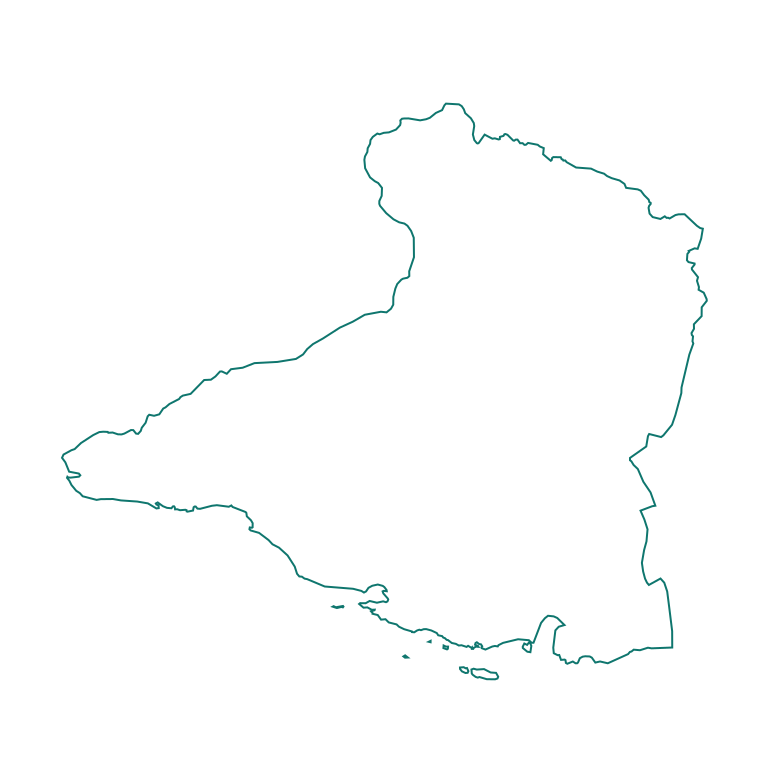 the district of Morombe, Atsimo-Andrefana, Madagascar, rotated 275°
{"feature_id": "10022922B72547257848133", "entity_name": "Morombe", "entity_type": "district", "adm_level": 2, "iso_a3": "MDG", "parent_name": "Madagascar", "parent_adm1": "Atsimo-Andrefana", "projection": "albers", "projection_center": [43.782, -21.873], "detail": "fine", "context": "isolated", "style": "outline", "palette": "teal", "viewbox_px": 768, "rotation_deg": 275, "n_neighbors": 0, "source": "geoboundaries", "source_scale": "gbopen_adm2", "svg_char_len": 6150}
<svg xmlns="http://www.w3.org/2000/svg" viewBox="0 0 768 768"><g transform="rotate(275 384 384)"><path d="M648.0,377.3L645.6,377.8L643.3,377.5L638.5,373.8L635.1,367.0L634.2,361.9L632.4,357.9L632.9,355.5L629.2,351.3L625.8,349.3L622.0,349.2L617.4,347.2L613.7,347.2L609.0,345.2L605.6,344.9L597.3,346.4L588.6,352.1L585.2,357.2L583.7,360.7L579.2,364.9L571.2,365.3L565.9,363.4L563.1,363.6L561.2,364.5L554.4,371.3L548.9,379.1L546.4,385.0L545.6,390.4L543.7,393.6L538.8,397.7L532.3,400.9L512.9,402.8L498.5,399.3L493.7,399.8L491.9,398.1L490.6,393.8L489.5,392.2L484.8,388.5L480.1,387.0L471.6,385.7L463.8,386.3L459.6,384.4L455.6,380.3L455.7,374.6L451.3,358.8L443.3,347.4L436.3,335.1L424.0,319.2L417.6,309.8L412.2,304.5L406.4,300.8L401.3,294.1L396.7,275.9L393.5,253.1L387.9,241.8L385.4,230.3L380.5,226.5L382.4,221.3L382.1,219.5L376.8,215.4L373.2,211.2L372.3,204.5L357.3,192.2L354.9,184.6L353.1,182.3L351.3,181.3L345.4,172.0L341.7,168.4L340.3,166.2L334.2,162.8L332.3,157.7L332.9,152.8L331.2,151.4L324.6,149.9L319.3,146.5L316.1,145.8L312.9,143.4L313.0,141.3L316.2,138.3L316.1,136.0L312.0,129.7L310.9,127.0L310.7,123.3L312.0,117.9L311.4,113.6L312.2,113.0L312.0,108.5L311.3,104.6L307.8,98.8L298.8,87.3L292.2,81.5L290.8,78.4L285.8,70.9L282.4,69.7L278.2,73.4L269.2,78.0L268.2,87.8L266.6,89.4L265.1,88.2L263.4,79.9L263.4,77.5L264.0,76.7L262.9,76.4L260.3,78.9L256.1,81.5L250.8,86.7L248.8,90.5L245.9,93.6L243.5,107.8L244.6,111.9L245.8,124.0L245.1,132.1L245.4,148.4L244.5,159.2L240.2,168.1L240.7,170.4L243.4,170.0L244.1,167.8L245.1,167.1L246.3,168.9L243.0,174.4L241.7,178.6L241.7,183.1L243.6,184.3L243.9,185.4L243.0,186.3L240.9,186.8L241.2,188.9L240.5,191.8L241.4,197.1L241.1,198.3L239.9,198.5L239.7,199.4L241.3,204.8L244.6,205.1L245.4,205.9L245.5,207.1L243.6,209.0L243.6,211.6L247.7,223.2L248.7,228.1L248.2,240.1L249.7,242.5L248.3,243.9L244.4,257.3L243.6,258.1L240.2,258.9L236.6,263.4L233.9,265.3L229.8,265.6L229.3,265.0L229.4,262.8L227.6,262.6L226.5,263.9L224.8,272.5L218.4,282.7L214.6,286.9L211.8,293.7L204.8,302.9L194.3,311.0L187.4,313.9L184.9,316.4L184.9,319.0L183.2,321.8L182.9,324.5L177.1,342.6L177.3,371.1L175.9,379.5L174.5,382.2L175.8,384.2L179.6,386.3L182.0,389.9L183.7,395.3L182.8,400.3L181.7,402.1L179.0,404.5L177.8,404.8L177.9,401.7L177.3,400.7L175.3,401.6L170.6,406.5L169.7,407.0L167.7,406.4L166.8,405.0L167.4,402.1L165.5,396.0L166.6,388.6L164.0,384.8L163.6,379.3L162.7,378.4L159.4,383.1L160.0,386.9L158.0,391.5L158.4,394.4L157.8,394.3L156.4,390.9L154.6,392.8L154.1,392.7L153.3,397.9L149.0,401.6L149.8,406.0L146.9,409.5L145.6,417.5L143.5,420.1L141.5,425.4L139.9,433.4L139.3,433.5L139.3,435.8L141.4,438.5L142.3,440.6L142.0,442.3L143.2,444.9L143.5,447.4L142.6,452.6L140.5,458.3L138.4,459.9L137.9,463.9L136.5,465.2L136.2,466.7L134.6,468.7L134.5,470.0L131.9,474.1L131.4,478.2L130.0,481.3L130.5,484.0L129.3,489.2L130.5,490.6L128.8,494.1L129.2,494.5L127.8,494.6L127.9,496.0L129.1,496.5L130.4,498.6L130.4,501.0L131.2,500.5L132.2,497.4L134.0,497.8L134.8,499.0L133.2,501.5L133.1,503.3L131.3,504.7L130.2,504.0L129.4,504.3L128.3,508.2L131.9,514.7L132.7,517.3L132.5,520.2L133.8,520.8L136.5,525.2L141.4,539.8L141.4,550.6L139.1,553.6L139.3,555.5L159.7,561.3L164.7,564.7L167.4,567.6L167.3,573.3L166.0,577.0L159.6,584.8L157.4,579.2L153.5,576.2L136.1,575.6L130.6,576.6L129.0,580.6L129.3,582.2L124.6,584.4L125.2,588.0L124.7,588.9L122.0,589.5L121.3,591.0L124.0,596.3L122.5,599.1L122.6,600.7L123.4,601.5L127.9,603.0L129.7,605.7L130.3,608.2L130.5,612.7L129.5,614.9L124.9,618.8L126.4,623.4L125.3,631.3L136.2,650.7L138.5,652.3L139.1,653.9L141.1,655.9L141.1,662.2L144.3,669.9L144.0,673.6L146.6,694.1L162.9,692.6L185.9,687.7L202.0,684.2L210.5,680.5L214.3,676.4L206.9,665.4L209.0,663.3L212.9,661.0L219.8,658.5L228.3,656.5L241.3,657.6L250.1,659.2L262.2,659.2L271.7,655.2L280.2,650.6L285.6,661.8L286.4,664.9L299.2,659.0L309.2,650.9L321.4,644.3L325.1,639.7L328.5,637.2L329.5,635.7L331.8,635.5L344.6,650.7L355.0,651.5L357.3,652.5L355.3,664.7L357.2,666.8L368.5,674.5L378.5,677.0L400.9,681.0L406.4,680.7L439.9,685.6L451.3,688.6L453.4,687.6L458.4,687.7L459.7,686.4L461.5,685.9L466.0,688.0L470.5,687.5L479.3,694.5L488.1,693.8L495.0,698.3L496.7,698.0L502.8,694.6L505.3,689.2L508.0,689.3L514.1,686.8L517.8,687.5L524.9,680.8L526.3,680.5L530.1,683.0L531.1,682.9L532.0,676.7L533.7,675.0L540.0,674.9L542.3,676.5L543.1,675.9L546.2,681.6L546.0,684.7L556.5,687.3L566.5,688.1L566.9,685.4L568.9,681.9L579.3,668.7L578.7,662.7L577.7,659.6L573.8,654.1L574.4,652.5L574.1,651.1L575.5,649.1L572.5,645.0L573.7,637.1L576.9,633.7L582.6,632.2L584.6,632.6L586.7,634.0L587.8,633.8L588.3,632.5L590.7,631.6L594.8,626.7L598.9,623.0L600.0,619.8L600.5,608.1L604.3,606.1L607.3,600.9L608.9,592.9L610.6,588.1L612.7,584.9L614.2,577.9L616.6,571.5L616.4,556.5L620.9,546.6L622.5,545.1L622.2,543.2L623.2,542.5L623.4,541.4L625.3,540.3L624.8,532.9L623.8,531.8L621.6,531.5L620.9,530.7L626.7,522.5L632.9,522.6L634.2,518.5L635.7,516.3L636.7,506.5L634.7,504.5L634.5,503.0L636.0,501.1L635.7,498.6L639.1,495.7L639.0,494.1L637.7,492.4L637.9,491.4L643.0,485.3L643.6,483.2L643.3,482.2L641.6,481.4L640.3,478.0L638.0,478.0L637.6,476.8L638.4,473.0L637.8,470.6L641.2,462.5L632.4,457.4L631.8,456.5L632.0,455.5L634.9,452.7L640.3,450.8L648.8,451.4L651.8,450.7L656.3,447.4L660.9,441.3L664.6,439.6L667.6,437.2L669.1,434.3L668.7,421.3L666.9,419.9L661.9,418.0L658.6,412.1L653.2,406.5L651.4,402.8L649.8,397.0L650.7,385.2L650.2,380.5L649.8,378.8L648.0,377.3ZM102.3,523.3L106.0,520.8L105.9,515.4L108.7,508.5L107.6,501.3L108.2,498.1L107.2,496.0L103.2,496.7L102.1,497.7L100.2,500.8L99.7,503.0L100.4,504.6L98.9,512.1L99.5,520.4L100.5,522.7L102.3,523.3ZM136.0,553.6L138.5,552.2L139.0,550.9L136.6,549.3L137.7,546.4L134.4,545.1L133.1,545.3L129.8,550.1L129.6,553.2L136.0,553.6ZM105.3,493.1L108.3,491.4L107.9,490.1L108.8,488.1L108.2,484.4L106.7,484.6L104.5,486.7L103.2,490.4L103.6,492.5L105.3,493.1ZM128.7,466.2L126.1,466.2L125.1,469.9L125.8,470.7L128.0,470.7L127.8,468.6L128.7,466.2ZM159.3,362.5L157.4,355.5L158.3,353.2L157.7,352.3L156.7,356.6L158.2,361.0L157.9,362.5L158.7,363.0L159.3,362.5ZM113.6,431.6L115.5,428.7L114.3,427.1L113.2,428.8L113.6,431.6ZM130.8,452.9L132.2,452.8L131.1,451.0L130.8,452.9Z" fill="none" stroke="#0f766e" stroke-width="2"/></g></svg>